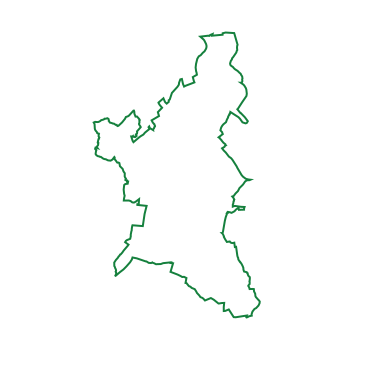 the district of Hereclean, Salaj, Romania, rotated 335°
{"feature_id": "2599482B77807603099760", "entity_name": "Hereclean", "entity_type": "district", "adm_level": 2, "iso_a3": "ROU", "parent_name": "Romania", "parent_adm1": "Salaj", "projection": "natural_earth1", "projection_center": [22.997, 47.257], "detail": "fine", "context": "isolated", "style": "outline", "palette": "green", "viewbox_px": 384, "rotation_deg": 335, "n_neighbors": 0, "source": "geoboundaries", "source_scale": "gbopen_adm2", "svg_char_len": 6032}
<svg xmlns="http://www.w3.org/2000/svg" viewBox="0 0 384 384"><g transform="rotate(335 192 192)"><path d="M193.9,329.3L194.0,328.6L194.5,327.8L196.3,325.9L199.2,324.4L201.1,324.3L204.3,323.0L206.2,321.4L207.1,319.9L206.9,318.7L206.5,317.6L205.5,314.2L205.5,313.1L206.3,310.8L206.2,308.4L207.0,306.1L206.2,305.6L203.2,304.3L203.5,302.5L203.3,301.1L203.5,300.6L205.3,299.8L206.3,297.8L206.3,297.2L206.8,296.7L207.8,295.0L208.4,293.6L207.7,291.9L207.7,290.4L208.1,289.1L207.6,288.4L207.7,287.8L205.6,286.1L205.8,284.2L206.5,282.3L206.6,280.3L206.5,278.0L206.1,275.7L205.9,275.7L205.5,272.8L206.0,271.1L205.9,270.8L206.1,269.1L208.8,260.3L207.6,260.0L208.9,255.8L207.1,255.4L206.4,254.9L205.6,254.1L205.3,252.8L202.5,252.0L202.1,249.2L201.9,246.1L202.2,245.8L202.2,243.9L202.2,243.0L201.7,241.8L202.3,242.0L203.2,241.2L209.6,232.0L212.0,229.0L214.2,226.8L214.3,226.1L215.1,225.8L215.4,225.9L215.4,225.4L215.7,225.2L216.0,225.1L218.3,226.8L218.8,227.5L219.6,227.6L222.4,227.4L224.4,226.5L227.5,226.0L227.0,228.0L231.7,230.0L232.1,229.1L233.3,227.8L230.1,226.1L224.9,222.7L222.8,222.5L223.7,220.6L224.6,219.8L225.7,218.0L226.3,217.8L226.7,216.8L227.1,216.7L227.1,215.1L226.6,213.1L228.1,213.2L230.9,211.7L234.0,210.6L236.7,208.5L241.4,206.8L244.6,204.9L246.7,204.6L249.2,205.6L250.2,205.6L248.6,204.6L246.7,203.1L246.2,202.5L244.7,199.7L244.1,197.6L243.3,189.3L243.3,187.7L242.3,180.1L241.8,178.0L240.4,175.5L239.3,170.5L238.3,167.8L237.7,165.1L240.5,164.8L241.2,164.2L242.4,164.0L242.2,163.6L242.4,162.8L241.3,160.6L240.5,157.5L240.6,157.3L239.9,155.4L240.0,155.1L239.2,153.7L244.4,152.5L244.4,151.2L244.6,150.6L243.8,148.1L245.7,145.9L247.4,144.7L249.1,143.9L252.3,143.1L254.4,141.0L256.2,139.7L256.4,139.2L259.5,136.7L259.5,137.1L259.9,136.8L260.6,135.7L265.7,143.8L266.4,145.8L267.2,150.2L269.4,152.3L269.8,152.5L271.0,152.5L272.5,151.4L271.5,146.6L269.6,141.1L269.4,141.1L269.2,140.7L268.1,136.2L268.6,136.1L275.3,131.9L281.9,128.0L283.2,126.1L284.5,122.2L284.7,120.7L284.4,117.8L284.0,116.4L282.4,113.6L283.0,113.9L283.8,113.5L284.5,112.8L285.1,111.0L285.7,110.5L286.3,108.5L286.0,106.3L286.1,105.4L285.5,104.2L284.5,101.5L282.9,99.0L282.3,97.6L282.0,96.2L280.7,93.9L280.5,93.3L280.6,92.4L280.9,91.5L281.9,90.4L282.6,89.6L284.2,88.7L284.8,87.8L286.2,87.2L291.1,84.3L292.2,83.0L293.0,82.5L293.7,80.4L294.7,78.6L295.5,77.9L297.4,65.8L289.9,61.7L286.9,61.1L286.2,62.4L276.2,58.8L277.4,57.5L274.8,57.4L273.5,57.8L272.8,57.2L265.2,54.7L266.9,58.6L267.2,59.7L267.3,63.8L267.0,65.4L266.5,66.6L265.4,68.0L262.8,69.8L260.6,70.4L257.7,71.7L255.5,71.9L253.1,73.5L249.8,77.6L247.9,80.7L246.8,84.1L246.6,85.6L246.0,87.8L241.3,88.2L240.6,92.1L240.5,93.7L231.0,93.0L229.4,93.1L229.5,90.3L230.6,85.3L229.0,85.0L226.2,87.8L225.9,88.6L225.0,89.5L223.1,90.6L215.7,93.7L210.9,98.8L209.7,99.0L209.0,100.5L206.4,101.2L205.7,99.4L205.6,98.6L205.7,95.0L199.4,96.8L199.3,97.7L199.6,99.8L200.5,103.0L194.8,105.2L194.2,109.2L185.7,110.0L185.8,112.5L186.3,114.0L186.2,114.0L186.4,115.1L186.4,116.6L186.1,117.0L185.2,117.3L184.6,118.1L183.0,119.0L182.9,119.4L180.9,116.4L180.8,115.6L180.9,114.5L180.0,114.9L180.1,116.9L174.5,118.3L172.2,119.4L169.3,119.7L167.3,120.1L160.0,122.1L159.8,120.6L160.4,116.0L161.5,116.5L162.2,116.3L162.1,117.1L163.7,118.2L164.2,118.0L164.1,117.8L164.7,118.0L165.4,117.8L165.6,117.1L165.4,116.3L165.9,115.9L166.8,115.8L167.4,115.0L167.8,113.8L172.9,111.6L173.0,111.0L172.6,108.5L172.7,108.1L173.0,107.5L173.6,107.1L174.3,105.5L174.8,105.0L174.6,104.9L174.7,104.2L175.0,103.5L174.0,100.3L172.7,99.8L172.9,96.6L173.6,95.0L173.8,93.7L173.4,93.5L167.2,96.1L166.0,96.3L163.7,96.1L162.3,97.3L158.0,99.4L153.3,100.9L152.3,100.7L152.1,99.3L151.3,99.0L150.1,97.0L149.4,96.7L148.3,95.5L147.0,94.5L146.8,93.8L146.8,92.7L146.6,92.4L146.9,91.9L147.2,90.5L146.5,89.4L144.7,89.1L143.7,88.6L143.2,88.9L141.9,88.9L140.1,88.5L138.9,88.9L137.0,89.0L135.9,88.7L133.8,87.5L132.3,87.5L132.4,89.2L130.7,93.5L130.5,94.6L130.7,96.1L131.1,97.3L131.0,98.6L131.6,99.3L132.2,99.6L132.3,100.0L131.7,100.6L130.9,102.0L131.0,103.4L130.7,103.5L130.3,104.4L129.8,104.4L129.1,105.2L127.4,107.4L127.4,107.7L127.8,108.0L126.7,109.8L124.8,110.8L124.7,111.2L124.9,112.1L123.9,111.1L123.4,110.9L122.4,112.0L122.5,112.5L123.1,113.3L122.8,114.0L122.4,114.2L120.7,116.8L120.9,118.3L121.9,119.8L122.9,120.5L123.4,121.2L124.2,121.6L125.7,124.3L126.6,125.2L127.7,125.9L129.2,127.8L131.5,129.2L133.5,129.0L136.4,127.5L136.5,128.0L135.7,129.6L136.2,131.1L136.6,133.6L137.0,134.0L137.9,134.3L138.4,135.1L137.6,138.2L138.9,141.7L138.6,144.4L139.0,146.6L137.6,149.4L137.5,150.7L137.8,151.9L136.7,152.9L137.2,153.6L138.2,154.2L138.2,154.4L137.4,155.2L137.4,155.6L138.3,155.8L137.2,157.3L134.9,156.6L133.5,157.0L131.1,160.9L129.7,165.0L129.4,166.9L127.6,169.2L126.6,170.9L131.1,173.0L132.6,174.3L133.3,175.9L134.2,176.7L135.3,177.1L136.9,177.0L141.0,176.1L138.9,179.9L137.8,180.2L137.3,180.0L137.0,180.6L145.0,185.4L139.8,191.8L133.0,202.1L124.0,197.0L123.4,197.6L122.1,199.5L121.0,201.5L120.5,201.9L118.3,205.0L117.9,206.1L116.2,208.3L112.6,208.1L111.4,208.4L110.2,209.2L112.2,212.9L111.0,213.6L105.3,216.2L103.3,217.4L101.0,218.4L100.4,218.3L99.3,219.1L98.0,219.5L97.4,220.1L94.2,221.5L91.7,223.1L90.3,226.3L90.4,227.4L90.2,228.8L90.3,229.9L89.9,231.3L89.1,232.0L89.2,233.1L89.0,233.6L88.2,234.6L86.6,235.9L92.7,234.2L97.2,233.2L101.2,231.7L106.2,229.5L108.9,227.8L110.4,226.2L113.9,228.8L120.7,235.3L121.4,235.7L122.8,237.9L124.9,239.1L126.3,239.1L126.4,239.5L127.5,240.5L128.8,242.2L133.3,244.1L135.8,244.3L143.4,246.9L143.6,247.1L142.9,247.5L144.7,248.6L138.8,255.3L144.1,260.8L146.2,263.4L147.2,264.9L148.9,265.5L150.6,267.6L147.7,271.7L148.5,272.2L149.3,275.6L149.5,276.1L150.6,277.2L151.1,278.7L153.4,281.2L153.8,284.0L153.8,285.5L154.9,288.9L155.2,290.8L156.7,292.4L157.3,293.7L157.9,295.8L164.3,296.1L166.2,298.8L168.8,304.1L169.1,304.4L172.0,305.2L174.3,306.1L172.1,309.8L170.5,313.3L171.8,313.8L175.7,314.0L176.9,323.0L178.7,324.0L189.4,327.1L188.6,327.8L188.3,328.3L188.4,328.7L189.5,328.9L190.9,328.7L193.9,329.3Z" fill="none" stroke="#15803d" stroke-width="2"/></g></svg>